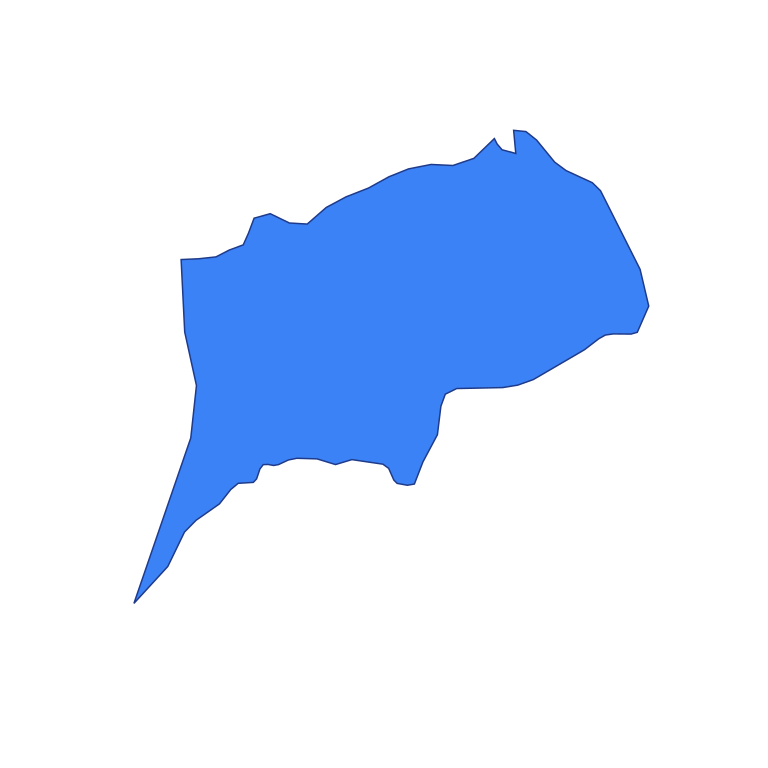 an SVG outline of Belait, rotated 287°
{"feature_id": "BRN-1181", "entity_name": "Belait", "entity_type": "District", "adm_level": 1, "iso_a3": "BRN", "parent_name": "Brunei", "parent_adm1": "", "projection": "orthographic", "projection_center": [114.479, 4.349], "detail": "fine", "context": "isolated", "style": "filled", "palette": "blue", "viewbox_px": 768, "rotation_deg": 287, "n_neighbors": 0, "source": "natural_earth", "source_scale": "10m", "svg_char_len": 1083}
<svg xmlns="http://www.w3.org/2000/svg" viewBox="0 0 768 768"><g transform="rotate(287 384 384)"><path d="M351.1,449.9L320.8,444.0L297.2,442.3L294.0,435.9L292.8,425.6L295.0,421.5L304.7,413.1L307.0,406.4L302.3,375.4L292.8,361.2L292.8,341.8L287.5,322.4L283.4,314.8L276.1,306.7L273.8,302.2L273.2,296.7L271.6,292.1L266.6,290.2L256.0,289.9L251.7,287.8L246.4,273.6L238.3,268.3L221.3,261.7L198.7,244.1L184.1,236.5L146.3,230.6L101.1,209.0L275.9,215.0L327.7,205.1L375.5,178.2L443.7,153.6L449.6,170.2L456.4,186.1L467.0,197.0L475.9,208.7L488.6,210.3L504.6,211.3L513.6,225.4L510.3,246.4L514.5,263.8L536.0,277.2L551.9,293.0L566.8,311.8L583.6,328.1L596.9,344.6L607.7,364.8L613.1,386.0L626.1,404.0L649.2,416.8L650.7,417.6L651.0,417.8L646.6,422.0L642.5,428.4L643.0,442.6L664.5,433.8L666.9,445.9L661.9,458.6L646.1,482.3L641.3,495.8L637.4,524.4L632.1,534.6L568.5,595.4L535.9,614.4L507.5,611.1L504.0,605.7L498.9,588.5L495.5,581.3L490.0,576.1L475.4,565.7L431.9,525.5L422.0,512.2L415.3,498.6L400.9,454.8L392.2,445.6L379.4,444.9L351.1,449.9Z" fill="#3b82f6" stroke="#1e3a8a" stroke-width="1.5"/></g></svg>